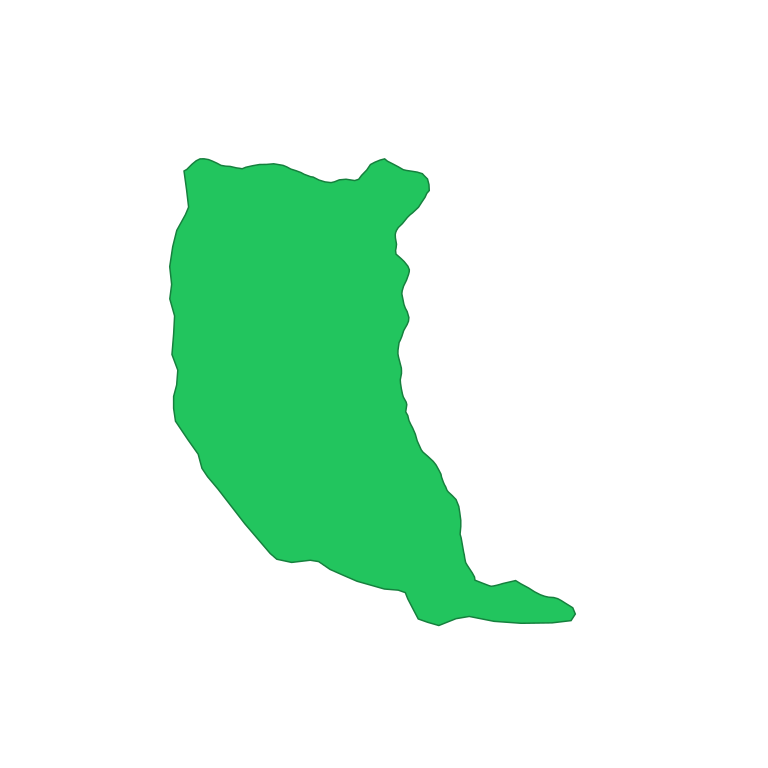 Balam, Mongar, Bhutan (Natural Earth projection), rotated 117°
{"feature_id": "84629894B21655800544266", "entity_name": "Balam", "entity_type": "district", "adm_level": 2, "iso_a3": "BTN", "parent_name": "Bhutan", "parent_adm1": "Mongar", "projection": "natural_earth1", "projection_center": [91.392, 27.348], "detail": "fine", "context": "isolated", "style": "filled", "palette": "green", "viewbox_px": 768, "rotation_deg": 117, "n_neighbors": 0, "source": "geoboundaries", "source_scale": "gbopen_adm2", "svg_char_len": 2703}
<svg xmlns="http://www.w3.org/2000/svg" viewBox="0 0 768 768"><g transform="rotate(117 384 384)"><path d="M509.9,109.9L502.1,109.1L497.7,114.2L496.9,123.5L496.5,127.6L496.4,131.7L497.2,135.8L499.2,140.5L500.2,144.4L500.8,149.1L500.8,155.5L500.1,162.5L499.9,171.6L499.4,177.5L507.8,187.5L510.0,189.8L512.0,192.0L514.3,194.8L515.6,196.7L516.0,198.9L516.8,206.5L517.5,213.9L514.9,215.7L512.3,219.5L507.8,227.4L506.0,230.2L502.5,233.0L499.8,234.9L497.8,236.6L492.6,240.5L486.2,245.3L483.3,248.0L476.1,250.9L470.6,253.7L464.2,258.1L459.1,261.8L454.3,267.3L452.6,272.1L451.0,277.7L450.1,279.6L447.6,282.4L446.3,284.4L444.4,286.7L440.8,290.5L438.5,292.3L436.1,295.6L432.5,300.9L430.6,305.0L428.6,312.0L427.0,318.4L425.7,321.0L419.6,328.6L414.5,333.3L410.1,338.6L407.8,341.9L405.2,345.2L401.3,348.5L399.0,352.0L392.1,354.3L390.1,356.0L386.8,360.9L384.7,362.9L380.2,366.5L375.9,369.6L372.9,371.4L366.7,373.2L364.3,374.4L361.9,375.8L353.4,383.3L350.8,385.3L347.5,386.9L340.2,389.4L337.6,389.4L333.7,389.7L327.5,390.7L324.9,390.6L320.6,390.4L316.9,390.7L313.5,392.0L309.0,396.2L306.7,399.5L304.0,402.4L295.5,409.1L292.7,410.1L287.9,411.0L281.3,411.1L275.1,411.9L272.5,412.5L270.7,413.3L268.2,416.2L265.8,421.5L264.7,425.0L262.8,432.3L259.8,434.3L257.3,435.0L253.8,436.3L248.6,440.2L245.8,441.8L243.7,442.4L241.4,442.6L238.1,442.3L232.6,440.4L225.0,438.8L221.4,437.6L218.6,436.3L210.8,433.5L204.8,432.9L198.9,432.2L194.7,432.4L191.1,431.5L186.0,434.4L181.6,438.3L180.1,442.9L179.2,445.3L180.1,450.5L181.7,455.5L183.6,461.2L184.3,464.1L184.0,469.8L183.9,476.0L183.9,482.0L183.1,485.6L186.2,489.1L190.5,492.8L194.6,495.7L201.1,496.5L208.3,498.7L213.1,499.5L216.0,502.4L218.8,510.8L222.4,516.5L226.4,520.0L228.6,522.6L230.7,528.3L231.3,531.7L231.8,534.6L231.8,541.1L232.6,543.4L232.9,546.0L233.4,550.3L233.3,554.1L233.9,559.2L234.8,564.6L234.7,569.1L235.0,573.1L236.8,578.9L237.9,582.3L241.7,588.4L244.9,594.5L249.2,600.2L253.6,605.5L256.6,608.1L257.3,610.4L258.4,613.5L260.0,619.9L261.8,624.0L263.2,628.5L263.1,633.0L263.3,638.1L263.7,642.2L265.0,646.4L266.9,650.1L270.4,652.7L275.5,654.9L282.3,657.1L285.0,658.9L300.4,648.2L315.1,638.4L323.3,637.8L341.2,638.4L357.6,634.6L376.7,628.2L391.7,618.4L405.4,613.5L418.4,601.5L434.8,594.2L454.0,586.3L465.3,574.0L479.0,568.3L490.6,565.8L501.2,560.4L511.8,552.9L522.5,533.7L530.9,517.7L541.8,507.9L546.7,499.1L553.0,484.2L571.7,444.6L586.7,408.4L588.8,400.0L585.6,387.9L584.9,385.3L574.5,369.7L571.9,361.6L573.7,347.9L572.9,333.3L572.0,318.5L566.5,290.6L561.2,277.7L560.2,270.3L564.7,265.2L572.0,255.0L577.8,246.8L576.5,236.9L574.3,225.5L560.4,213.3L552.4,202.5L545.5,178.2L534.9,153.1L520.5,125.8L509.9,109.9Z" fill="#22c55e" stroke="#15803d" stroke-width="1.5"/></g></svg>